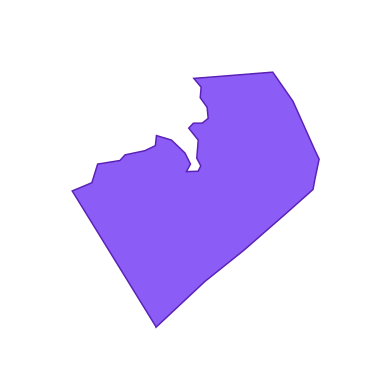 Summers, West Virginia, United States of America (Robinson projection), rotated 19°
{"feature_id": "52423323B65894657308494", "entity_name": "Summers", "entity_type": "district", "adm_level": 2, "iso_a3": "USA", "parent_name": "United States of America", "parent_adm1": "West Virginia", "projection": "robinson", "projection_center": [-80.878, 37.649], "detail": "fine", "context": "isolated", "style": "filled", "palette": "violet", "viewbox_px": 384, "rotation_deg": 19, "n_neighbors": 0, "source": "geoboundaries", "source_scale": "gbopen_adm2", "svg_char_len": 607}
<svg xmlns="http://www.w3.org/2000/svg" viewBox="0 0 384 384"><g transform="rotate(19 192 192)"><path d="M201.4,330.8L202.0,331.6L233.4,272.2L259.7,230.7L284.3,187.9L286.3,184.5L305.6,150.2L304.0,139.4L301.5,119.5L295.0,112.9L258.0,73.4L229.3,52.4L156.7,84.0L166.5,89.9L169.1,100.2L178.7,107.0L183.3,117.1L179.3,123.5L170.9,126.5L168.1,132.7L181.0,140.9L185.5,158.5L191.8,164.4L191.0,170.4L180.1,174.5L181.5,166.1L172.6,157.4L155.7,149.6L140.0,150.2L142.3,160.1L133.8,168.4L116.6,178.7L113.6,185.7L93.7,196.3L94.3,215.8L78.4,230.0L201.4,330.8Z" fill="#8b5cf6" stroke="#5b21b6" stroke-width="1.5"/></g></svg>